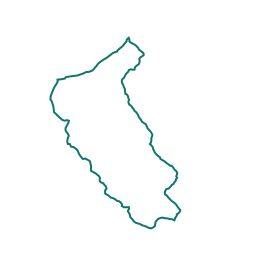 Sandovalina, São Paulo, Brazil, rotated 118°
{"feature_id": "56859067B27263450532509", "entity_name": "Sandovalina", "entity_type": "district", "adm_level": 2, "iso_a3": "BRA", "parent_name": "Brazil", "parent_adm1": "São Paulo", "projection": "natural_earth1", "projection_center": [-51.849, -22.468], "detail": "fine", "context": "isolated", "style": "outline", "palette": "teal", "viewbox_px": 256, "rotation_deg": 118, "n_neighbors": 0, "source": "geoboundaries", "source_scale": "gbopen_adm2", "svg_char_len": 2807}
<svg xmlns="http://www.w3.org/2000/svg" viewBox="0 0 256 256"><g transform="rotate(118 128 128)"><path d="M205.8,83.9L206.6,81.2L207.5,79.5L208.0,76.9L207.8,75.1L207.2,72.8L207.2,69.9L206.5,66.3L206.5,63.3L205.7,60.3L203.6,58.9L201.9,58.2L200.1,58.8L198.0,59.6L194.6,58.9L192.7,57.6L191.0,55.7L190.3,53.1L189.5,51.2L188.7,48.3L187.9,46.4L187.7,43.7L185.2,44.1L182.5,43.8L181.2,44.4L179.8,43.4L177.9,43.0L175.9,43.4L174.8,46.3L173.1,49.3L172.3,52.1L172.0,54.9L171.2,57.7L170.5,59.7L169.5,61.6L169.1,64.2L167.7,65.3L165.9,65.6L163.8,65.4L162.5,63.7L159.9,62.9L157.6,62.6L156.0,61.5L154.4,61.6L152.6,61.1L150.6,61.6L148.9,61.2L148.0,62.7L146.6,62.9L144.4,63.5L143.3,65.4L143.0,67.3L141.8,69.3L140.8,71.7L141.5,73.2L141.1,75.6L140.7,78.2L140.2,80.8L140.2,83.4L140.0,85.0L138.8,86.1L138.6,87.8L138.1,90.4L137.0,92.8L135.1,95.5L133.3,97.2L132.2,99.6L131.8,101.2L130.4,100.9L128.1,101.5L125.9,102.7L123.5,102.9L122.3,103.6L121.1,105.3L120.0,107.7L119.3,110.2L117.7,112.3L116.3,114.0L116.2,116.1L115.9,118.7L114.9,120.0L114.1,121.5L113.5,123.1L112.6,124.3L111.2,126.2L110.2,128.2L109.9,130.1L108.7,131.9L107.8,134.0L106.9,135.9L106.7,137.9L105.7,139.2L104.4,140.1L102.9,140.2L101.4,141.7L100.2,142.7L99.0,144.4L99.1,146.3L97.0,147.8L95.0,149.1L93.7,151.0L92.3,152.5L91.0,154.4L89.7,155.4L88.3,156.0L86.9,155.7L85.6,155.0L83.9,155.2L82.0,155.2L79.9,154.8L78.0,154.2L76.4,154.4L75.1,153.4L74.4,151.5L73.5,149.7L71.1,150.3L69.3,149.8L66.8,148.5L64.8,148.6L63.0,149.3L61.8,150.5L59.8,150.2L58.2,149.3L56.4,148.4L54.9,149.2L54.3,150.7L54.0,153.3L53.6,155.2L52.6,156.5L51.5,159.5L51.2,162.3L51.4,165.4L50.9,167.4L49.4,168.2L48.0,169.7L50.4,170.6L52.0,170.0L58.3,171.2L63.7,173.5L65.7,173.6L67.4,175.4L68.8,176.5L75.7,179.6L79.5,181.9L83.6,184.0L86.3,184.8L88.0,184.9L90.4,185.6L93.6,186.2L96.6,188.6L98.3,191.3L100.9,193.1L103.3,195.4L105.3,197.2L108.8,202.2L112.2,206.7L114.0,207.0L116.6,210.2L118.4,213.0L120.0,211.9L121.8,211.8L126.1,212.2L129.5,212.0L133.8,211.5L135.5,211.4L139.1,210.0L140.3,207.8L142.1,206.0L144.0,204.0L148.7,200.8L150.4,194.7L151.2,191.9L151.7,189.6L151.2,187.2L149.6,185.3L149.4,183.6L150.9,183.1L152.8,183.1L155.5,183.1L157.6,183.0L159.2,182.2L160.2,180.9L161.1,178.7L162.7,176.6L165.0,176.4L166.5,176.1L168.6,175.2L170.3,173.6L169.5,171.8L171.2,169.5L170.4,167.0L171.0,162.8L172.3,161.1L174.1,158.7L175.2,156.7L176.6,153.3L175.2,151.7L174.9,149.9L175.2,146.1L179.0,142.7L181.6,141.5L183.2,140.4L183.2,138.7L183.3,134.9L183.8,132.7L184.2,130.7L185.4,129.2L186.9,128.8L188.2,127.9L188.8,126.3L188.3,124.4L189.1,122.5L189.9,120.3L191.6,118.5L193.9,118.9L196.6,117.4L196.8,113.2L197.5,110.8L196.9,107.8L197.0,105.3L197.5,103.7L196.9,101.7L197.1,99.7L198.3,97.3L199.8,96.8L199.9,94.3L197.5,90.1L198.7,89.2L201.5,89.1L203.3,86.1L205.8,83.9Z" fill="none" stroke="#0f766e" stroke-width="2"/></g></svg>